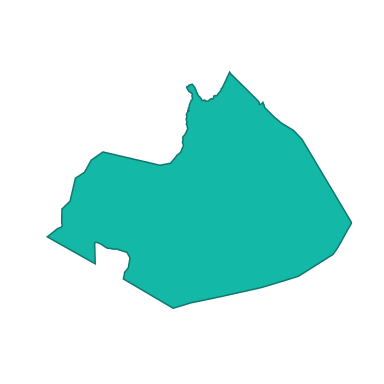 Santa María Zaniza, Oaxaca, Mexico (Equal Earth projection), rotated 169°
{"feature_id": "50627088B1802746700322", "entity_name": "Santa María Zaniza", "entity_type": "district", "adm_level": 2, "iso_a3": "MEX", "parent_name": "Mexico", "parent_adm1": "Oaxaca", "projection": "equal_earth", "projection_center": [-97.347, 16.634], "detail": "fine", "context": "isolated", "style": "filled", "palette": "teal", "viewbox_px": 384, "rotation_deg": 169, "n_neighbors": 0, "source": "geoboundaries", "source_scale": "gbopen_adm2", "svg_char_len": 2527}
<svg xmlns="http://www.w3.org/2000/svg" viewBox="0 0 384 384"><g transform="rotate(169 192 192)"><path d="M105.3,266.5L106.4,265.5L107.6,265.1L109.3,265.2L109.0,267.3L109.5,268.3L110.1,269.3L118.2,281.3L131.2,300.2L132.2,302.5L142.4,288.4L143.5,288.1L144.1,286.3L146.2,284.5L147.5,283.6L148.2,282.6L149.5,281.7L150.9,282.3L152.3,282.0L152.8,280.6L153.1,280.1L153.3,279.6L154.0,279.2L154.6,279.6L155.4,279.9L155.5,279.8L156.2,279.6L157.0,279.3L157.8,278.7L158.6,278.3L159.0,278.1L159.6,278.3L160.4,278.3L160.8,278.7L161.3,279.0L161.6,279.5L162.1,279.8L162.9,279.8L163.2,279.8L163.7,279.7L164.4,279.8L164.6,280.2L165.0,281.1L165.3,282.0L165.6,282.6L166.1,283.5L166.4,284.1L167.0,284.7L167.5,285.6L167.8,286.6L168.0,287.5L168.1,288.5L168.4,289.5L168.6,290.3L168.8,291.5L169.0,292.8L169.4,294.1L169.8,295.0L170.2,295.9L171.3,297.8L174.7,297.3L175.6,296.1L176.8,296.5L177.3,295.7L176.7,293.4L176.1,292.5L175.9,291.4L173.9,289.4L173.4,289.2L173.0,287.8L173.8,286.5L173.6,284.3L174.2,282.6L175.3,282.1L176.1,280.7L176.5,280.3L177.6,278.4L178.1,277.9L178.2,276.9L178.5,276.1L178.5,275.5L179.3,275.4L179.9,273.6L179.5,272.1L179.9,271.9L180.1,272.0L180.4,272.5L180.6,272.6L180.8,271.7L181.9,270.3L182.8,268.8L182.8,268.3L182.6,267.8L182.7,266.5L183.5,265.6L183.8,264.7L183.8,264.0L183.8,262.2L183.6,260.9L184.7,259.7L184.0,258.0L184.2,256.4L184.1,255.0L186.2,252.0L188.0,249.7L189.0,248.8L190.3,248.1L190.7,246.8L190.9,245.1L191.4,243.7L192.0,242.3L191.7,241.1L191.4,239.4L195.7,233.0L199.5,231.1L203.5,227.6L207.7,224.3L214.4,224.4L218.2,224.3L271.8,248.3L284.8,242.5L293.8,231.8L303.8,227.8L313.4,206.3L322.9,200.1L325.8,186.8L325.8,186.0L325.7,184.8L325.8,183.8L326.3,183.1L327.2,182.4L329.3,182.0L330.7,181.8L342.6,175.6L333.3,167.6L329.7,164.6L304.9,143.5L300.7,140.0L297.3,160.5L296.0,160.9L295.0,160.6L293.8,160.1L292.9,159.3L291.8,158.6L290.8,157.9L289.9,156.9L289.3,156.1L288.8,155.7L287.9,154.8L287.2,154.2L286.4,153.7L285.8,152.9L284.0,152.5L282.3,152.0L281.3,151.3L280.3,151.0L279.4,150.7L278.1,150.5L276.9,150.4L275.6,149.9L275.0,149.2L267.4,145.2L265.4,139.2L268.2,131.9L269.0,129.8L271.9,127.2L273.1,126.4L273.5,125.7L273.8,125.3L274.0,124.6L274.1,123.8L274.8,122.5L275.4,121.2L275.9,119.7L232.7,81.5L214.4,83.4L184.1,83.8L141.6,85.0L117.2,87.5L103.5,89.0L65.3,103.9L60.6,108.5L55.7,114.0L52.0,118.5L47.1,124.4L43.0,129.0L41.4,131.1L41.7,132.9L51.8,161.0L55.0,169.9L74.0,222.8L80.7,233.2L91.5,243.0L97.6,250.7L102.4,257.9L104.6,261.1L104.7,263.5L105.3,266.5Z" fill="#14b8a6" stroke="#0f766e" stroke-width="1.5"/></g></svg>